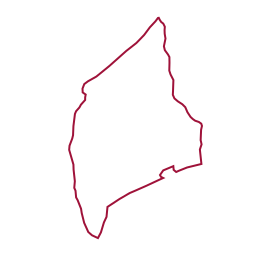 the district of Toto, Nassarawa, Nigeria, rotated 162°
{"feature_id": "59680162B43531883815254", "entity_name": "Toto", "entity_type": "district", "adm_level": 2, "iso_a3": "NGA", "parent_name": "Nigeria", "parent_adm1": "Nassarawa", "projection": "albers", "projection_center": [7.153, 8.233], "detail": "fine", "context": "isolated", "style": "outline", "palette": "rose", "viewbox_px": 256, "rotation_deg": 162, "n_neighbors": 0, "source": "geoboundaries", "source_scale": "gbopen_adm2", "svg_char_len": 1284}
<svg xmlns="http://www.w3.org/2000/svg" viewBox="0 0 256 256"><g transform="rotate(162 128 128)"><path d="M69.3,71.1L66.3,85.3L63.1,89.7L62.7,93.4L62.7,93.9L61.4,97.4L59.0,103.8L57.0,107.1L57.0,109.5L58.5,111.5L58.7,111.8L61.9,114.2L63.6,116.5L65.1,119.2L66.6,124.7L67.1,130.1L69.0,133.8L72.4,138.0L74.7,141.8L75.1,145.7L73.7,149.4L70.0,159.6L71.0,165.8L71.0,169.8L68.4,177.2L66.7,182.7L67.0,184.2L67.2,185.4L68.9,190.6L68.6,194.6L66.0,199.2L64.7,201.5L64.0,206.2L63.0,209.7L61.7,212.9L62.2,216.4L63.7,218.6L64.4,221.1L64.7,223.3L65.5,223.4L68.9,221.0L76.1,217.0L83.9,211.5L89.5,208.5L92.9,206.7L93.9,206.2L105.9,201.8L126.7,192.7L142.2,186.7L151.6,184.8L156.0,183.3L159.1,179.5L160.1,175.8L157.9,172.9L159.3,170.3L160.1,167.9L165.6,164.7L167.8,162.6L172.2,160.0L174.1,157.8L179.3,146.7L182.5,138.1L184.3,135.2L189.1,129.2L190.7,125.4L191.2,110.1L192.6,105.3L195.0,93.8L197.3,88.4L197.6,87.6L197.3,84.6L198.8,78.0L198.2,75.0L197.6,65.7L198.3,61.4L199.0,51.3L197.9,41.3L195.4,37.1L190.6,32.6L186.0,37.1L180.1,45.6L175.9,50.1L171.9,59.3L158.0,63.1L154.7,63.8L146.6,65.6L140.9,66.1L129.1,67.3L114.3,69.1L110.0,69.6L111.7,71.3L112.1,73.4L107.6,76.8L96.7,77.7L97.5,74.1L95.8,71.3L93.0,71.6L84.0,72.2L76.0,71.6L70.6,71.2L69.3,71.1Z" fill="none" stroke="#9f1239" stroke-width="2"/></g></svg>